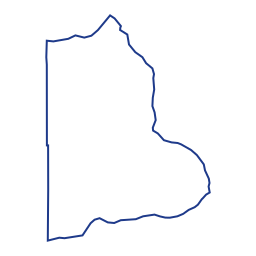 the district of Benton, Washington, United States of America
{"feature_id": "52423323B67037278576088", "entity_name": "Benton", "entity_type": "district", "adm_level": 2, "iso_a3": "USA", "parent_name": "United States of America", "parent_adm1": "Washington", "projection": "mercator", "projection_center": [-119.362, 46.282], "detail": "fine", "context": "isolated", "style": "outline", "palette": "blue", "viewbox_px": 256, "rotation_deg": 0, "n_neighbors": 0, "source": "geoboundaries", "source_scale": "gbopen_adm2", "svg_char_len": 958}
<svg xmlns="http://www.w3.org/2000/svg" viewBox="0 0 256 256"><path d="M46.8,40.7L46.3,57.3L46.8,64.6L46.9,145.4L48.1,145.4L48.2,189.2L47.8,240.6L59.3,237.7L64.5,238.2L82.5,235.4L90.6,223.2L94.6,219.7L99.6,218.2L107.8,222.4L114.2,223.0L120.8,220.2L124.0,220.0L135.8,219.2L143.1,216.3L154.5,214.6L160.0,216.4L165.3,217.6L169.8,217.7L177.4,216.3L183.1,213.9L188.7,209.9L194.7,207.2L197.9,204.7L201.6,199.5L202.2,198.8L202.5,198.6L206.1,194.6L209.7,192.5L208.6,186.5L209.5,183.0L208.8,178.6L205.0,170.4L203.8,164.4L196.9,155.1L192.2,151.0L191.2,150.1L181.2,144.4L177.7,143.0L171.6,142.4L163.9,140.2L157.8,133.4L153.1,130.6L152.8,127.7L155.7,120.1L154.6,112.4L152.4,106.1L152.8,97.7L154.2,89.5L153.3,78.1L154.0,74.1L152.4,68.4L146.1,63.2L142.4,57.2L135.3,52.2L129.0,44.5L127.3,34.5L120.1,30.0L120.3,27.7L120.9,26.1L114.6,18.4L110.1,15.4L97.9,30.1L91.4,35.7L84.3,37.6L75.4,35.4L68.3,38.8L53.4,41.4L46.8,40.7Z" fill="none" stroke="#1e3a8a" stroke-width="2"/></svg>